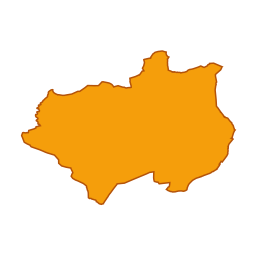 the district of Silmalas pag., Rezeknes, Latvia, rotated 355°
{"feature_id": "27541924B39247356667850", "entity_name": "Silmalas pag.", "entity_type": "district", "adm_level": 2, "iso_a3": "LVA", "parent_name": "Latvia", "parent_adm1": "Rezeknes", "projection": "robinson", "projection_center": [27.034, 56.413], "detail": "fine", "context": "isolated", "style": "filled", "palette": "amber", "viewbox_px": 256, "rotation_deg": 355, "n_neighbors": 0, "source": "geoboundaries", "source_scale": "gbopen_adm2", "svg_char_len": 5411}
<svg xmlns="http://www.w3.org/2000/svg" viewBox="0 0 256 256"><g transform="rotate(355 128 128)"><path d="M227.1,75.2L219.0,70.9L214.9,70.8L214.8,71.4L213.2,71.9L212.2,73.1L209.3,74.2L209.1,74.3L206.3,72.8L205.9,72.6L205.7,72.6L203.8,73.3L202.3,73.7L197.7,74.8L196.3,75.0L194.3,75.1L192.6,75.8L191.5,76.8L189.0,77.4L187.5,77.4L185.3,77.7L184.9,77.3L184.3,77.1L183.0,77.0L182.6,77.0L182.1,76.7L181.6,76.8L181.3,76.9L180.9,76.7L180.1,76.4L179.7,76.4L179.4,76.2L179.2,76.1L178.9,76.3L178.7,76.1L178.2,76.1L177.9,76.1L177.7,76.3L177.4,76.2L177.2,76.0L177.2,75.9L176.8,75.9L176.4,75.7L176.1,75.3L173.2,73.9L173.2,72.2L173.0,69.8L172.9,69.7L172.8,68.7L173.0,68.0L173.0,66.1L173.3,64.6L173.3,62.8L173.5,62.8L173.6,62.6L174.9,60.9L173.9,60.4L172.8,58.9L172.4,57.0L172.7,55.7L170.6,55.0L169.3,54.4L168.7,54.3L167.6,54.3L165.8,54.4L164.7,54.4L161.5,55.0L160.1,56.0L159.4,56.3L156.9,59.4L156.9,60.1L156.5,60.4L156.2,60.3L156.0,60.5L155.1,60.4L150.1,61.1L149.7,61.3L149.8,62.1L150.0,63.0L150.1,64.0L150.1,64.5L149.0,67.6L147.6,69.7L148.8,72.4L147.1,72.6L144.0,76.2L143.3,76.1L143.0,76.3L139.9,77.4L135.2,78.4L134.2,78.6L134.2,79.4L134.3,80.4L134.1,81.6L134.0,81.9L134.3,83.7L134.8,86.2L134.7,87.8L133.8,87.9L131.8,87.8L129.6,88.0L128.5,87.5L128.0,87.1L126.4,86.9L121.8,85.0L118.2,85.6L117.5,85.9L116.0,83.6L115.4,83.0L115.0,82.7L113.6,81.8L113.2,81.6L111.4,81.0L107.9,80.0L107.3,79.8L106.7,79.8L106.1,79.8L102.4,83.1L101.8,83.2L97.8,82.9L95.4,82.6L91.5,82.2L88.5,84.2L83.1,87.3L81.2,87.1L74.9,89.3L69.7,89.7L67.6,89.9L65.7,89.8L61.8,88.8L61.0,88.8L61.0,88.7L60.6,88.6L59.7,88.1L58.8,87.6L57.8,86.9L57.3,86.4L56.9,85.9L56.5,85.2L56.4,85.0L56.4,84.8L56.3,84.5L56.4,83.5L56.4,83.3L56.0,83.2L55.7,83.2L55.1,83.3L54.4,83.5L52.6,84.6L52.0,85.1L51.8,85.6L51.7,85.9L51.6,87.1L51.4,87.4L51.0,87.9L50.9,88.1L50.6,89.1L50.6,89.7L50.4,89.9L47.9,91.6L47.3,92.2L46.7,92.7L45.8,93.2L45.7,93.4L45.3,94.2L45.2,94.4L44.5,94.8L43.4,95.3L42.9,95.6L42.8,95.8L42.8,96.0L43.2,96.6L43.3,96.8L43.2,97.1L42.7,97.3L41.3,97.3L40.9,97.5L40.8,97.8L41.0,98.0L41.1,98.7L41.1,98.9L40.2,99.6L39.6,99.9L39.3,100.0L39.1,100.2L39.0,100.3L39.1,100.6L39.3,100.7L39.7,100.9L40.4,101.0L40.7,101.1L40.8,101.4L40.8,101.9L41.3,102.9L41.3,103.3L40.8,103.9L39.4,103.8L39.0,103.9L38.7,104.0L38.6,104.4L39.0,105.1L39.1,106.0L38.5,106.5L37.5,106.5L37.3,106.5L37.1,106.8L37.0,107.9L37.3,108.8L37.6,109.2L38.9,110.1L39.0,110.3L39.1,110.6L39.0,111.0L38.9,111.3L37.4,112.2L37.3,112.3L37.3,112.5L37.4,112.9L38.2,113.4L38.7,114.0L38.9,114.3L38.9,114.5L38.7,115.6L38.7,116.0L39.0,116.4L40.0,116.6L40.3,116.8L40.4,117.1L40.4,117.5L40.5,117.9L40.7,118.1L40.1,118.2L39.2,118.1L38.5,118.6L37.4,118.6L36.4,118.9L36.3,119.8L36.2,120.0L35.5,120.2L34.3,120.7L28.9,121.8L28.3,123.9L27.7,123.9L26.7,123.8L25.8,124.0L23.2,123.4L22.6,123.6L21.4,126.2L21.4,126.4L22.0,128.2L23.4,133.1L23.5,133.2L26.1,135.0L29.1,136.7L29.3,137.5L30.0,138.3L38.0,141.9L41.1,143.5L43.6,144.9L45.7,145.9L48.5,147.0L52.4,148.6L56.1,153.6L55.9,157.1L58.6,160.0L63.1,161.7L66.8,162.7L67.5,162.8L67.6,163.3L68.3,165.3L68.6,165.9L69.1,167.5L69.1,167.9L68.1,169.1L67.7,170.2L67.4,170.6L67.2,171.2L67.8,172.1L68.6,173.4L71.1,175.2L73.2,176.2L78.7,179.4L81.5,182.0L81.6,182.6L81.6,182.9L81.5,183.2L81.6,183.3L81.9,184.7L82.1,186.3L82.6,187.2L82.6,188.0L82.8,188.8L82.5,194.0L83.6,194.9L85.0,194.9L85.9,195.7L86.7,195.9L88.2,196.6L89.5,197.0L89.9,197.4L90.0,198.6L91.0,199.1L92.6,200.8L92.9,201.0L94.8,201.7L95.4,201.6L95.6,201.4L96.8,201.3L96.8,201.2L98.2,199.3L99.6,197.6L101.1,195.7L102.0,194.7L102.6,193.7L103.7,192.4L104.1,191.8L104.4,191.7L108.4,187.1L111.1,184.2L111.9,183.4L112.3,182.7L119.7,182.6L127.6,180.0L142.4,175.3L142.7,175.2L146.0,174.0L146.3,174.1L149.9,173.9L149.8,174.7L149.2,179.9L149.3,182.0L149.6,183.5L151.9,184.4L153.2,184.6L154.2,186.3L164.9,186.0L164.6,187.7L164.1,189.7L163.7,190.2L163.1,190.3L162.8,190.5L162.1,191.4L161.5,191.9L160.9,192.6L161.6,193.0L162.3,193.7L164.3,194.7L164.8,194.9L164.8,195.0L165.7,195.1L166.8,195.6L167.1,195.6L169.3,195.7L172.6,195.2L173.4,195.2L175.6,195.3L177.6,195.8L178.1,195.8L178.7,195.7L179.8,195.4L180.9,194.9L181.3,194.6L181.8,192.8L182.4,191.5L183.4,189.7L184.0,189.0L185.5,187.6L186.7,186.7L187.5,185.9L188.1,185.6L189.5,184.9L190.9,184.3L191.5,184.0L196.0,183.0L195.9,182.9L198.7,182.2L199.7,181.7L199.9,181.8L204.6,180.5L204.9,180.5L206.9,179.7L207.7,179.1L208.8,178.7L209.0,178.8L211.6,177.4L212.4,177.1L213.0,176.7L212.8,176.5L214.2,175.2L214.5,174.6L215.7,173.4L215.9,172.9L216.4,172.2L215.8,171.9L217.3,170.2L217.9,169.3L218.9,170.1L221.6,167.1L223.9,164.5L225.2,162.4L225.3,161.3L225.2,160.8L225.6,160.0L225.7,159.2L225.7,157.2L226.0,157.1L226.3,155.1L226.1,155.1L226.4,154.5L226.9,153.3L227.2,152.8L228.8,151.1L230.6,149.3L231.0,148.7L231.6,148.4L231.5,147.8L230.0,147.2L230.6,146.9L231.1,146.3L231.2,145.7L232.8,141.8L233.8,140.2L233.7,140.2L233.9,139.8L234.2,139.7L234.6,139.3L233.8,138.7L233.8,138.0L233.4,136.8L233.1,135.1L232.7,134.1L231.9,132.9L231.7,131.6L231.0,131.1L229.9,129.6L229.2,128.5L229.0,128.1L228.2,126.9L226.9,126.3L225.5,125.9L224.9,125.5L224.7,125.1L225.0,124.9L224.8,124.8L224.3,124.3L223.8,123.2L222.9,121.9L222.1,120.6L221.6,120.4L221.5,120.2L221.6,119.9L221.5,119.7L220.3,117.7L219.4,116.0L218.0,114.1L218.2,107.2L218.1,97.7L219.0,93.8L219.6,92.3L219.4,91.8L219.8,90.4L220.3,90.0L219.7,84.5L219.7,82.5L220.5,81.7L225.4,78.1L226.6,76.1L226.5,75.6L227.1,75.2Z" fill="#f59e0b" stroke="#b45309" stroke-width="1.5"/></g></svg>